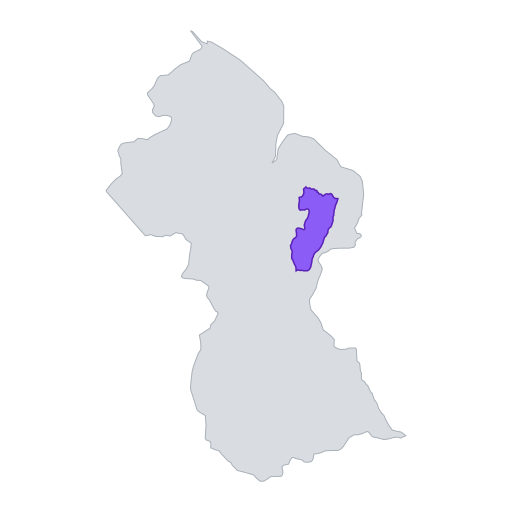 X-2 Torani/Bulletwood, Upper Demerara-Berbice, Guyana (highlighted)
{"feature_id": "73187651B8767068866486", "entity_name": "X-2 Torani/Bulletwood", "entity_type": "district", "adm_level": 2, "iso_a3": "GUY", "parent_name": "Guyana", "parent_adm1": "Upper Demerara-Berbice", "projection": "orthographic", "projection_center": [-58.026, 5.32], "detail": "fine", "context": "in_parent", "style": "filled", "palette": "violet", "viewbox_px": 512, "rotation_deg": 0, "n_neighbors": 0, "source": "geoboundaries", "source_scale": "gbopen_adm2", "svg_char_len": 7978}
<svg xmlns="http://www.w3.org/2000/svg" viewBox="0 0 512 512"><path d="M145.4,235.8L132.6,221.3L119.7,206.7L107.0,192.3L106.1,190.4L111.5,183.6L116.3,178.8L120.3,176.0L122.2,173.6L120.8,163.1L120.9,159.3L119.1,155.2L117.8,150.6L119.4,146.8L121.3,144.1L123.8,143.1L129.8,142.2L134.0,141.8L135.5,140.3L137.9,138.5L141.1,138.4L147.4,139.7L150.2,137.4L155.4,134.3L167.1,128.9L169.7,125.4L171.6,120.0L171.4,117.4L170.2,116.4L167.3,115.5L162.9,115.4L159.4,116.7L155.7,116.0L152.7,112.6L152.5,109.8L154.3,105.9L153.3,103.3L147.6,94.9L147.6,92.6L151.8,88.9L154.2,85.8L157.6,78.2L160.2,75.7L168.2,74.9L170.3,73.2L174.5,69.3L180.6,64.7L189.5,61.1L192.0,54.4L193.6,52.6L200.6,49.2L201.9,47.3L201.7,45.7L190.5,30.7L192.7,31.7L201.4,41.5L206.3,43.6L207.3,43.7L207.3,41.1L211.8,42.2L223.2,48.9L240.0,59.9L263.5,80.7L270.2,88.6L274.8,92.4L281.8,101.4L283.8,105.9L283.6,123.5L277.4,135.4L275.8,144.4L275.5,156.3L271.9,163.2L276.7,159.5L278.2,148.7L282.3,142.2L287.6,135.0L294.7,133.3L302.3,136.3L308.5,136.9L313.9,139.0L325.5,150.5L336.8,159.5L340.9,166.8L352.9,170.5L360.0,176.2L362.3,181.2L363.7,194.2L361.4,213.9L362.0,214.8L358.8,218.7L358.2,221.2L356.1,225.6L354.5,227.9L356.9,233.4L359.6,233.6L360.6,234.3L361.3,235.3L361.1,236.5L360.1,237.5L357.5,238.9L355.1,242.0L355.3,245.5L353.8,247.3L348.8,248.2L339.1,248.2L334.3,248.5L330.5,249.1L328.0,251.3L324.8,252.9L322.4,253.2L320.1,255.8L317.9,259.5L318.7,262.1L321.0,265.4L322.3,268.9L320.5,274.5L318.6,278.8L317.5,282.1L316.0,288.4L312.2,295.3L309.5,299.3L309.6,303.6L310.9,309.7L318.5,318.6L321.0,322.9L323.1,329.7L330.0,335.1L334.3,339.4L333.9,345.2L334.5,347.0L337.2,348.4L340.5,349.5L344.1,349.4L347.3,348.9L348.1,348.1L355.5,348.0L356.4,349.5L356.8,357.7L357.1,361.1L358.9,362.4L359.9,364.5L360.0,366.3L360.4,370.9L361.5,373.4L361.3,378.3L362.1,380.1L364.1,381.3L366.7,384.9L367.7,385.3L368.2,386.6L370.4,391.6L371.6,393.1L372.4,393.3L372.7,395.1L374.3,399.8L375.4,400.9L377.5,404.4L378.4,408.1L381.1,412.4L383.9,415.4L385.2,418.5L388.8,425.3L392.3,430.1L397.0,431.3L401.0,432.0L403.5,433.8L405.9,435.8L403.3,436.8L400.9,438.0L397.7,437.1L393.2,437.6L388.5,438.9L384.2,439.6L376.1,437.5L373.6,437.2L371.9,436.3L368.5,432.0L366.9,431.5L362.6,433.5L357.3,434.9L354.7,434.6L351.7,436.1L348.9,438.0L343.5,446.3L340.7,449.2L337.7,450.5L331.8,450.5L325.4,450.8L320.6,452.8L316.2,453.8L313.9,453.9L313.2,458.5L312.2,460.6L310.8,461.8L307.3,462.2L304.2,462.0L302.3,460.1L298.8,459.2L295.6,458.5L293.6,457.4L292.0,457.7L290.6,459.6L289.6,461.2L288.6,464.1L283.9,465.1L281.9,466.8L283.0,472.3L282.5,474.5L281.5,476.2L275.8,476.5L270.9,476.4L268.1,478.5L264.6,480.8L262.5,481.3L260.0,481.1L256.7,478.4L253.5,474.9L245.4,472.5L237.4,470.5L232.1,465.1L230.9,462.4L228.4,461.3L222.2,454.8L218.7,450.7L215.0,449.6L210.7,447.8L210.9,444.8L210.6,441.9L208.8,440.8L206.2,440.0L205.2,438.4L205.5,434.6L206.0,424.8L205.3,415.5L199.6,412.2L197.1,410.0L192.8,396.2L190.7,390.0L190.6,385.3L192.1,371.6L193.7,365.6L198.2,353.6L200.8,349.6L200.9,346.6L200.7,342.7L199.4,335.0L206.9,330.2L210.1,328.1L210.7,324.9L214.7,320.8L216.5,316.9L218.0,313.8L217.6,312.2L215.8,311.2L213.8,308.3L209.4,299.9L207.9,298.2L206.5,295.8L207.2,292.1L208.9,288.0L208.7,286.3L206.1,284.2L200.8,280.5L196.3,280.2L192.9,278.9L187.9,278.7L183.8,278.3L181.5,276.9L182.0,274.7L183.0,273.0L186.4,268.8L188.7,264.2L189.0,259.8L189.7,254.0L190.7,248.9L191.3,243.2L186.0,239.5L184.3,236.4L182.1,233.6L179.6,233.6L176.0,232.5L170.3,236.0L165.8,235.3L162.7,236.7L155.5,236.4L151.0,234.6L145.4,235.8Z" fill="#d9dde1" stroke="#a8b0b8" stroke-width="1"/><path d="M296.1,270.9L296.7,270.4L297.2,270.2L297.8,270.1L298.3,270.1L298.9,270.2L299.4,270.3L300.1,270.4L300.7,270.5L301.5,270.3L302.2,270.3L302.7,270.5L303.3,270.7L303.9,270.8L304.6,270.8L305.5,270.7L306.1,270.8L306.7,270.8L307.4,270.7L308.0,270.5L308.5,270.2L309.0,269.7L309.6,269.2L309.7,268.7L310.1,268.2L310.4,267.6L310.7,267.0L310.9,266.3L311.0,265.6L311.2,264.7L311.3,264.1L311.5,263.5L311.6,262.7L311.8,262.1L311.9,261.4L311.9,260.7L312.0,260.1L312.1,259.5L312.4,258.3L312.8,257.7L313.0,257.1L313.3,256.4L313.5,255.6L313.9,254.6L314.2,254.1L314.6,253.4L314.9,253.0L315.3,252.5L315.8,252.1L316.4,251.6L316.9,251.2L317.5,250.8L317.9,250.4L318.5,250.0L319.0,249.4L319.6,248.7L319.9,248.1L320.4,247.6L320.7,247.0L321.2,246.4L321.2,245.9L321.5,245.4L321.8,244.9L322.1,244.4L322.5,243.7L322.8,243.0L322.9,242.5L323.1,242.0L323.3,241.2L323.5,240.5L323.8,239.5L324.0,238.7L324.2,238.2L324.5,237.4L324.9,236.9L325.5,236.4L326.0,235.8L326.4,235.1L326.8,234.4L327.3,233.6L327.7,232.8L327.9,232.4L327.9,231.1L328.1,230.2L328.2,229.7L328.4,229.1L328.9,228.6L329.3,228.1L329.8,227.7L330.1,227.3L330.6,227.0L331.0,226.6L331.3,226.1L331.6,225.2L331.9,224.3L332.1,223.6L332.4,222.9L332.6,222.1L332.8,221.5L333.0,220.9L333.1,220.2L333.1,219.6L333.1,219.1L333.0,218.5L333.0,217.8L332.8,217.3L333.1,216.6L333.4,216.0L333.7,215.4L333.8,214.6L333.7,213.8L333.9,213.1L334.0,212.3L334.1,211.6L334.1,210.9L334.1,210.3L334.3,209.7L334.5,209.2L334.7,208.6L334.9,208.1L335.0,207.4L335.2,206.6L335.3,206.0L335.6,205.2L335.8,204.7L336.0,204.1L336.4,203.4L336.7,202.6L337.0,201.8L337.2,201.1L337.4,200.3L337.7,199.3L337.9,198.6L337.3,198.6L336.7,198.5L336.1,198.5L335.6,198.5L335.0,198.3L334.5,198.0L334.0,197.6L333.4,197.1L333.2,196.6L332.9,196.1L332.6,195.5L332.2,195.1L332.1,194.5L331.4,194.1L330.9,193.7L330.3,193.5L329.8,193.9L329.2,194.1L328.5,194.1L327.8,194.0L327.1,193.9L326.4,193.9L325.8,194.1L325.3,194.3L324.7,194.7L324.3,195.0L323.9,195.4L323.5,195.8L323.0,196.0L322.5,195.9L322.2,195.3L321.7,194.7L321.2,194.3L320.6,194.1L320.0,194.1L319.4,194.1L318.9,193.7L318.6,193.1L318.3,192.4L317.7,192.2L317.1,192.1L317.0,191.6L317.0,190.8L316.6,190.4L316.1,190.3L315.5,190.5L315.0,190.3L314.7,189.7L314.4,189.3L313.7,189.0L313.0,188.9L312.4,189.1L311.9,189.2L311.2,189.1L310.6,188.6L310.2,188.2L309.7,187.9L309.1,188.0L308.3,188.2L307.6,188.3L307.1,188.1L306.6,187.7L306.2,187.4L305.9,186.9L305.5,187.4L305.1,187.8L304.5,188.1L304.0,188.6L303.6,189.1L303.5,189.7L303.7,190.4L303.8,191.2L303.9,191.7L303.9,192.3L303.7,193.1L303.6,193.8L303.4,194.3L303.1,195.0L302.7,195.6L302.4,196.1L302.0,196.5L301.3,197.0L300.6,197.1L300.0,197.1L299.3,197.4L299.1,197.9L299.2,198.5L299.3,199.3L299.4,199.9L299.4,200.7L299.4,201.3L299.3,201.8L299.2,202.5L299.0,203.1L298.9,203.8L298.8,204.4L298.8,205.0L299.0,205.6L298.9,206.2L298.7,206.9L298.8,207.4L298.9,208.0L299.1,208.6L299.3,209.3L299.7,209.8L300.2,210.1L300.8,210.2L301.3,209.9L301.9,209.8L302.4,209.9L303.0,209.9L303.5,209.8L304.0,209.8L304.7,210.0L305.2,209.7L305.9,209.2L306.5,209.0L307.2,209.0L307.8,209.0L308.4,209.4L308.8,209.8L309.0,210.2L309.1,210.8L309.2,211.6L309.1,212.1L309.0,212.8L308.9,213.5L308.6,214.3L308.5,215.2L308.3,215.9L308.2,216.4L307.9,217.3L307.5,218.0L307.1,218.7L306.6,219.4L306.1,220.1L305.7,220.5L305.4,221.2L305.2,221.7L305.0,222.6L304.8,223.1L304.7,223.6L304.5,224.1L304.3,224.8L304.3,225.3L304.4,225.9L304.5,226.7L304.7,227.4L304.8,227.9L304.8,228.5L304.6,229.1L304.1,229.5L303.6,229.6L303.0,229.4L302.3,229.1L301.7,228.8L300.9,228.6L300.2,228.4L299.5,228.2L298.8,228.2L298.2,228.1L297.7,228.1L297.1,228.4L296.7,228.7L296.3,229.2L296.1,229.8L296.1,230.4L296.1,230.9L296.2,231.6L296.4,232.4L296.5,233.2L296.5,234.0L296.6,234.8L296.6,235.7L296.4,236.6L295.9,237.2L295.3,237.7L294.8,238.0L294.4,238.3L293.8,238.8L293.3,239.4L292.8,240.1L292.5,240.6L292.3,241.3L292.0,242.0L291.9,242.6L291.7,243.4L291.5,244.0L291.0,244.7L290.6,245.2L290.5,245.8L290.6,246.4L290.7,246.9L290.8,247.6L290.9,248.4L291.1,249.0L291.4,249.5L291.7,250.0L292.0,250.5L292.2,251.1L292.2,251.7L292.1,252.4L292.0,253.0L291.9,253.9L291.8,254.5L291.7,255.1L291.7,255.9L291.7,256.6L291.7,257.6L291.7,258.2L292.0,258.9L292.3,259.3L292.6,259.8L292.9,260.5L293.3,261.3L293.4,261.9L293.7,262.4L294.0,263.0L294.2,263.5L294.4,264.1L294.7,264.7L295.0,265.1L295.3,265.6L295.5,266.2L295.8,266.8L295.9,267.6L295.9,268.3L296.2,268.8L296.1,269.6L296.0,270.2L296.1,270.9Z" fill="#8b5cf6" stroke="#5b21b6" stroke-width="1.5"/></svg>